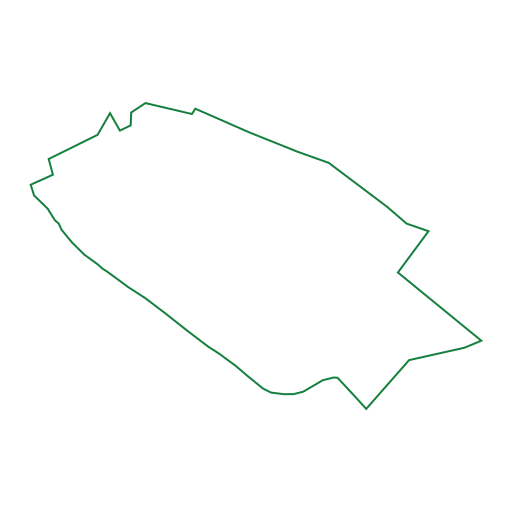 the district of Alat, Bukhoro, Uzbekistan
{"feature_id": "79887680B15595975584782", "entity_name": "Alat", "entity_type": "district", "adm_level": 2, "iso_a3": "UZB", "parent_name": "Uzbekistan", "parent_adm1": "Bukhoro", "projection": "mercator", "projection_center": [64.051, 39.204], "detail": "fine", "context": "isolated", "style": "outline", "palette": "green", "viewbox_px": 512, "rotation_deg": 0, "n_neighbors": 0, "source": "geoboundaries", "source_scale": "gbopen_adm2", "svg_char_len": 727}
<svg xmlns="http://www.w3.org/2000/svg" viewBox="0 0 512 512"><path d="M195.3,108.7L191.9,114.0L145.4,103.1L131.2,112.5L130.7,125.3L119.9,130.6L110.0,113.2L97.6,134.8L48.7,159.0L52.9,174.7L30.7,184.7L34.1,195.5L47.7,208.7L54.9,220.3L58.8,223.7L61.5,229.7L72.2,242.7L84.5,254.8L98.0,264.6L102.5,268.6L107.7,272.0L128.2,287.1L145.2,298.1L165.1,313.2L187.6,331.0L208.7,347.0L218.9,353.5L235.6,365.8L249.0,377.2L263.1,388.6L271.1,392.6L284.0,394.2L293.8,394.1L303.2,391.7L322.8,380.2L333.8,377.5L337.6,377.8L351.6,392.9L354.6,396.1L366.2,408.9L409.1,360.1L464.5,347.7L481.3,340.7L397.9,272.5L428.5,231.2L406.6,223.6L387.2,206.9L328.8,162.9L296.9,151.5L249.3,132.4L195.3,108.7Z" fill="none" stroke="#15803d" stroke-width="2"/></svg>